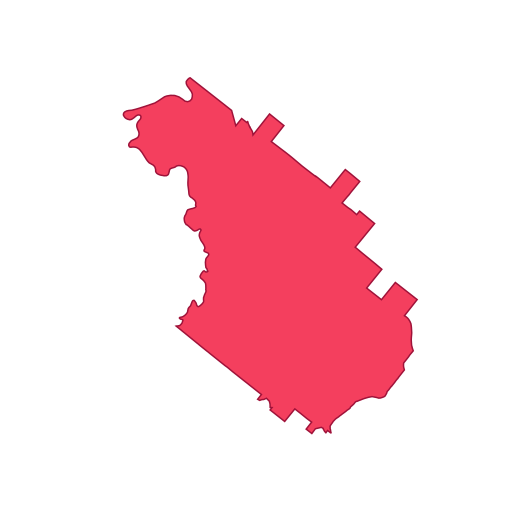 the district of Maitland, New South Wales, Australia, rotated 209°
{"feature_id": "25037944B62637049608158", "entity_name": "Maitland", "entity_type": "district", "adm_level": 2, "iso_a3": "AUS", "parent_name": "Australia", "parent_adm1": "New South Wales", "projection": "robinson", "projection_center": [151.583, -32.708], "detail": "fine", "context": "isolated", "style": "filled", "palette": "rose", "viewbox_px": 512, "rotation_deg": 209, "n_neighbors": 0, "source": "geoboundaries", "source_scale": "gbopen_adm2", "svg_char_len": 6056}
<svg xmlns="http://www.w3.org/2000/svg" viewBox="0 0 512 512"><g transform="rotate(209 256 256)"><path d="M294.8,383.6L313.0,386.8L317.3,360.4L318.4,361.9L319.3,362.9L320.1,363.5L322.8,365.1L323.7,365.8L323.8,365.6L327.0,368.1L328.1,369.3L328.4,369.2L328.6,369.3L328.8,368.3L335.2,369.3L336.8,360.1L347.9,371.5L363.2,374.0L400.0,379.9L400.6,379.2L401.3,377.4L401.6,375.1L401.5,374.5L400.4,372.8L398.5,371.4L395.3,369.9L392.2,368.4L390.2,366.8L389.0,364.5L388.3,362.0L389.0,359.6L390.6,357.8L391.3,357.6L393.2,357.0L396.3,357.5L400.5,357.8L404.9,357.0L408.6,355.1L411.6,352.7L413.2,350.9L416.5,344.5L418.6,340.8L425.3,333.4L432.0,326.4L435.3,323.3L437.8,321.6L439.5,320.1L440.7,318.3L441.0,316.8L440.6,315.5L440.2,314.9L439.3,314.3L437.9,313.6L436.4,313.3L434.6,313.4L432.4,314.0L431.0,315.3L429.8,317.7L428.6,320.8L427.9,321.8L427.0,322.5L426.1,322.8L425.5,322.9L424.4,322.4L423.8,321.3L423.5,320.1L423.7,318.7L424.2,316.5L424.2,314.4L423.8,312.8L422.8,311.2L421.0,309.5L419.1,308.1L418.0,306.9L417.4,305.9L417.0,304.7L416.9,304.1L416.8,303.5L416.9,302.6L417.1,301.9L417.4,301.4L418.2,300.1L419.6,298.2L420.2,297.5L421.0,296.2L421.3,294.8L421.5,293.6L421.6,292.9L421.5,292.5L421.3,291.8L420.9,291.0L419.8,290.2L419.2,290.1L418.5,290.3L416.3,291.8L415.8,292.0L415.2,292.3L413.8,292.8L412.8,293.0L411.6,293.0L409.6,292.8L405.9,291.3L398.5,287.2L396.7,286.4L394.6,285.7L393.3,285.7L390.2,285.7L388.6,285.3L387.4,284.7L386.3,283.6L385.5,282.7L384.9,281.5L384.4,281.0L383.3,280.4L382.7,280.2L381.2,280.1L379.0,280.4L377.7,280.8L376.7,281.2L375.3,281.6L374.0,282.4L373.4,282.7L373.1,283.1L372.5,284.0L372.3,284.8L372.3,285.3L372.6,286.8L373.4,289.6L373.4,290.0L373.3,290.4L373.0,291.1L372.1,292.2L370.3,294.0L369.6,295.0L369.3,295.9L368.9,296.4L367.5,297.6L365.8,298.4L365.1,298.6L363.1,298.9L361.6,298.9L360.7,298.6L360.1,298.5L358.4,297.7L357.5,297.1L356.6,296.3L356.0,295.6L354.5,293.6L353.6,292.2L351.1,287.1L349.8,284.9L346.5,280.4L344.6,277.6L343.4,276.5L342.5,276.1L341.3,275.8L340.2,275.8L338.2,275.4L336.9,275.1L336.3,274.9L334.9,273.9L334.5,273.4L334.2,273.0L334.0,272.5L333.7,271.6L333.6,271.2L333.0,270.7L332.5,270.5L332.5,270.4L332.4,270.0L332.7,269.0L332.9,268.6L334.6,266.7L335.4,266.1L337.3,264.2L337.6,263.8L337.8,263.6L338.1,263.2L338.1,262.7L338.2,261.8L337.7,259.1L337.6,258.0L337.7,256.8L337.5,255.7L337.3,254.8L337.1,254.2L336.2,252.8L335.6,252.0L335.0,251.3L334.2,250.7L333.5,250.3L332.5,249.7L332.1,249.6L331.7,249.8L329.3,249.4L326.6,248.7L325.4,248.5L324.0,248.1L322.3,248.0L321.8,248.1L321.4,248.4L320.2,249.5L319.2,251.1L318.9,251.7L318.5,252.2L318.1,252.5L317.9,252.6L317.4,252.5L316.9,252.2L316.7,252.1L316.6,251.9L316.5,249.2L316.3,248.2L315.8,246.8L315.3,246.0L314.0,244.7L311.7,242.9L308.3,241.2L306.8,240.3L305.4,239.2L305.0,238.8L304.5,237.9L304.3,237.5L304.3,237.0L304.3,236.0L304.0,235.3L303.4,235.0L302.5,235.0L300.0,235.3L299.5,235.3L299.2,235.3L298.9,235.2L298.5,234.9L298.3,234.7L298.0,234.2L297.9,233.6L298.1,231.9L298.4,230.6L298.4,229.9L298.4,229.0L298.0,227.9L297.7,227.3L297.3,226.1L295.7,223.6L294.2,221.6L292.8,221.0L292.5,220.8L291.7,219.9L290.9,219.5L290.8,219.4L290.7,219.1L290.9,218.7L291.9,217.8L292.3,217.7L292.6,217.7L293.8,217.9L294.1,217.9L294.4,217.7L294.8,217.1L295.0,216.1L295.3,214.1L295.2,211.9L295.1,211.2L294.9,210.8L294.5,210.4L293.7,209.9L291.2,209.4L289.9,209.1L289.2,208.8L287.6,208.1L287.0,207.7L285.8,206.2L284.1,203.3L283.5,202.0L282.9,201.5L282.6,200.9L282.4,199.8L282.2,197.0L281.6,193.9L281.1,193.1L280.7,192.3L279.9,191.2L279.8,190.8L279.6,190.0L279.7,189.5L280.0,187.8L280.7,185.7L281.3,184.5L281.7,183.9L282.0,183.7L282.3,183.6L282.9,183.7L283.7,184.0L284.1,184.3L284.7,185.0L285.9,186.0L288.2,187.1L288.7,187.2L289.0,187.0L289.3,186.7L289.6,186.3L289.7,185.9L289.7,184.9L289.2,181.3L289.1,180.7L289.7,178.5L289.8,177.2L289.7,176.8L289.0,174.5L288.7,173.9L288.7,173.3L288.8,172.2L288.9,171.5L289.5,169.5L290.5,167.6L291.3,166.7L292.8,165.4L293.0,164.9L292.8,164.6L292.7,164.4L291.5,164.2L290.8,164.4L289.5,164.7L289.2,164.7L288.9,164.6L288.6,163.9L288.5,163.1L288.3,162.1L288.2,161.3L288.5,159.7L288.9,158.4L289.1,158.2L289.3,157.9L290.9,156.6L291.1,156.4L291.7,156.2L291.9,156.0L257.9,149.9L229.9,145.1L227.2,144.8L220.5,143.5L184.1,137.5L185.1,131.5L182.8,131.5L181.2,133.3L179.7,134.2L177.9,136.6L174.0,135.5L172.0,133.4L170.2,130.4L168.5,131.2L169.0,128.2L150.7,125.2L149.0,134.9L148.8,135.8L148.7,136.5L147.9,141.1L139.9,139.8L132.7,138.5L126.8,137.7L128.2,128.9L121.1,127.8L120.3,133.7L115.8,137.8L115.1,137.8L113.7,137.8L113.7,137.6L110.9,135.8L109.2,135.3L108.8,138.1L105.0,137.5L104.7,137.8L105.2,138.3L106.6,140.1L107.6,141.1L108.2,142.3L108.7,143.0L108.7,144.5L108.3,147.9L108.3,148.5L108.3,148.8L108.0,149.8L107.5,151.8L107.1,152.8L105.7,155.5L105.4,156.5L104.6,158.1L104.3,158.9L102.1,163.7L101.5,165.4L100.3,167.6L100.0,168.7L100.1,169.4L100.1,170.0L99.3,172.1L98.7,174.0L98.3,176.5L98.1,176.9L97.7,177.5L97.1,178.0L96.5,178.7L95.9,179.5L94.7,180.9L93.4,182.5L91.9,184.2L89.1,187.0L87.0,188.7L86.5,189.2L86.0,189.4L82.0,190.7L80.3,191.1L79.8,191.2L78.5,192.0L77.7,192.8L77.2,193.3L75.9,194.8L75.4,195.8L75.2,196.2L75.2,199.3L75.6,201.1L75.1,203.0L74.5,207.4L74.4,207.4L74.3,207.5L74.1,208.8L73.4,212.9L73.2,214.9L72.8,217.0L72.6,217.4L72.6,218.0L72.4,219.8L71.0,228.3L72.9,230.3L73.7,231.4L74.5,232.9L74.8,233.6L75.0,234.2L74.5,236.8L73.7,241.8L73.5,244.2L72.5,249.3L74.6,251.2L75.5,252.2L76.6,253.3L77.7,255.0L79.5,257.8L80.6,260.0L81.9,262.9L82.5,264.2L83.0,265.0L85.4,268.8L86.3,270.1L87.7,271.9L89.5,273.3L91.2,274.3L92.0,274.7L93.3,275.2L94.3,275.4L95.3,275.6L97.2,275.7L93.9,296.0L121.3,300.4L125.1,278.6L138.8,280.8L143.7,281.6L139.5,305.4L150.3,307.5L164.3,310.0L173.5,311.8L168.0,341.9L187.2,345.5L188.0,341.0L195.5,342.6L199.1,342.9L206.4,344.1L206.1,346.0L204.7,353.2L204.5,353.5L203.9,357.7L201.4,371.5L212.2,373.6L219.8,374.9L220.2,372.9L224.0,351.6L239.7,354.4L242.5,354.8L242.5,354.5L247.5,355.2L248.8,355.4L250.6,355.7L252.1,355.9L259.2,357.0L272.4,359.6L279.5,360.8L298.1,363.5L294.8,383.6Z" fill="#f43f5e" stroke="#9f1239" stroke-width="1.5"/></g></svg>